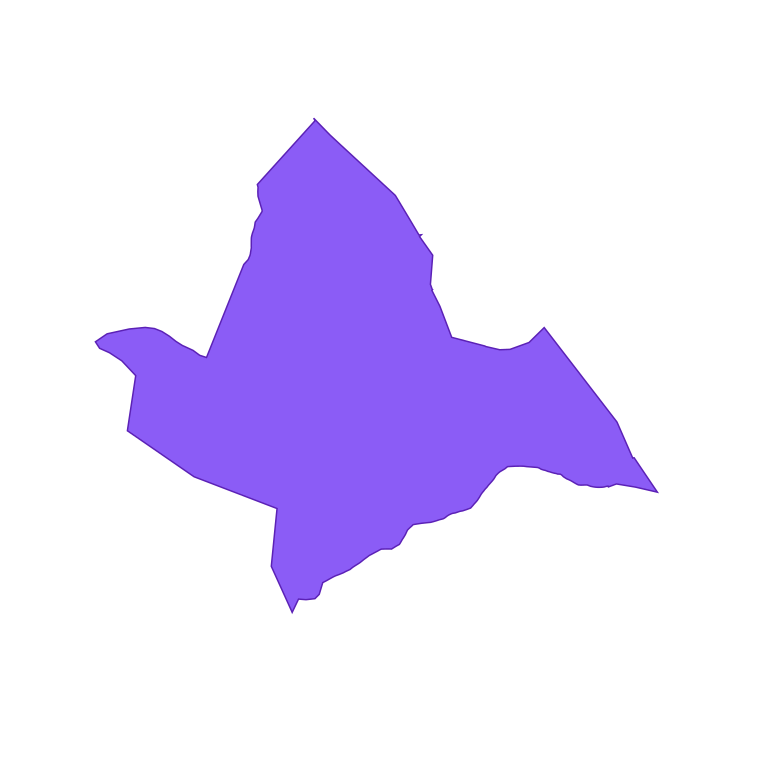 outline of Carellie, Castries, Saint Lucia, rotated 283°
{"feature_id": "8701671B42772891330913", "entity_name": "Carellie", "entity_type": "district", "adm_level": 2, "iso_a3": "LCA", "parent_name": "Saint Lucia", "parent_adm1": "Castries", "projection": "albers", "projection_center": [-60.969, 14.018], "detail": "fine", "context": "isolated", "style": "filled", "palette": "violet", "viewbox_px": 768, "rotation_deg": 283, "n_neighbors": 0, "source": "geoboundaries", "source_scale": "gbopen_adm2", "svg_char_len": 2916}
<svg xmlns="http://www.w3.org/2000/svg" viewBox="0 0 768 768"><g transform="rotate(283 384 384)"><path d="M360.2,93.3L354.8,98.9L352.7,109.5L347.6,123.3L336.3,140.2L283.0,144.3L280.7,144.5L250.9,219.8L238.6,307.8L222.1,309.9L181.0,315.2L141.9,345.1L140.8,345.9L155.2,349.1L156.3,356.5L159.3,365.0L164.5,368.2L176.7,369.0L179.5,372.3L181.9,374.9L183.7,376.9L185.1,378.5L186.4,380.2L188.4,383.3L189.9,385.4L190.8,386.7L192.8,389.0L193.8,390.3L195.6,392.6L197.4,394.0L198.5,394.9L200.4,396.7L201.9,398.2L203.3,399.6L204.7,400.9L206.7,402.5L208.4,403.8L211.4,406.4L213.6,408.2L215.2,410.1L216.7,411.8L218.1,413.4L219.8,415.4L221.3,417.0L222.5,418.5L223.2,421.1L224.1,424.7L224.6,427.0L224.9,428.5L226.8,430.4L228.4,432.0L229.7,433.4L231.1,435.0L232.6,435.6L236.6,436.8L239.0,437.7L242.1,438.7L243.5,439.0L245.5,439.4L247.1,439.8L249.6,441.4L252.3,443.3L253.5,444.0L254.3,445.8L256.8,452.1L258.8,457.9L259.7,460.6L260.9,462.9L262.7,466.1L264.2,468.5L265.4,470.9L266.2,472.3L267.6,473.7L269.4,475.1L270.8,476.4L272.4,478.4L273.4,479.9L274.4,482.4L277.0,486.6L278.1,489.2L280.3,492.8L282.6,496.3L285.5,497.9L287.5,498.9L289.2,499.9L291.5,501.1L293.1,501.7L295.0,502.4L298.3,503.4L300.4,504.3L302.1,505.2L303.3,505.7L304.7,506.4L306.5,507.5L308.8,508.5L311.5,510.0L313.7,511.2L315.9,512.3L318.2,513.1L319.9,513.6L321.1,514.3L323.0,515.5L324.6,516.7L326.2,518.4L328.6,520.9L330.4,522.3L331.3,523.0L333.4,530.3L334.7,535.5L335.3,538.5L335.6,541.6L336.5,547.6L337.2,552.4L337.0,554.2L336.3,556.3L336.1,558.8L336.1,560.7L335.7,563.4L335.7,565.3L335.5,567.2L335.4,569.9L335.5,572.0L335.3,573.4L335.6,574.9L335.8,576.2L335.3,577.6L334.0,579.7L332.7,583.3L332.4,585.2L332.2,586.1L331.8,587.9L331.2,589.8L330.6,591.6L329.8,594.3L329.4,596.1L329.7,598.2L330.1,599.9L330.9,602.9L331.3,604.8L331.0,606.9L330.8,608.3L330.9,611.5L331.1,613.4L331.4,615.4L331.8,617.2L332.6,620.1L333.2,621.7L334.3,623.7L334.9,625.3L334.2,625.8L337.0,630.1L337.5,630.8L338.9,633.0L340.1,652.2L340.1,674.7L346.7,667.6L368.4,644.3L368.0,643.4L367.8,643.0L399.3,619.6L475.0,527.4L457.1,516.0L446.1,499.0L443.4,489.1L443.4,474.5L443.7,473.9L444.7,439.4L445.7,438.8L472.3,421.0L485.4,410.1L486.0,409.6L486.9,410.1L487.3,409.5L490.2,407.7L491.5,406.8L493.0,406.6L520.4,402.5L535.6,385.5L537.8,386.8L537.2,385.0L537.1,384.5L550.2,372.0L566.9,355.9L570.3,352.6L608.1,286.4L614.7,275.0L627.2,255.6L626.8,256.0L625.1,257.6L550.8,216.2L549.9,215.7L547.4,217.0L543.1,217.8L538.6,219.0L530.0,223.8L526.0,226.1L524.7,226.4L517.5,224.0L516.9,223.8L512.8,222.1L509.0,222.4L506.9,222.5L503.9,222.2L501.6,221.9L499.1,221.8L497.3,221.8L495.4,222.1L488.3,223.7L487.9,223.8L486.8,224.1L481.8,224.4L481.4,224.5L479.1,224.5L474.7,223.7L469.0,220.5L369.9,205.1L370.5,198.0L373.8,190.4L375.8,180.8L376.1,179.1L378.7,171.7L381.4,166.0L382.3,164.1L385.2,155.8L386.4,147.9L385.4,138.6L380.3,123.4L370.6,102.9L360.2,93.3Z" fill="#8b5cf6" stroke="#5b21b6" stroke-width="1.5"/></g></svg>